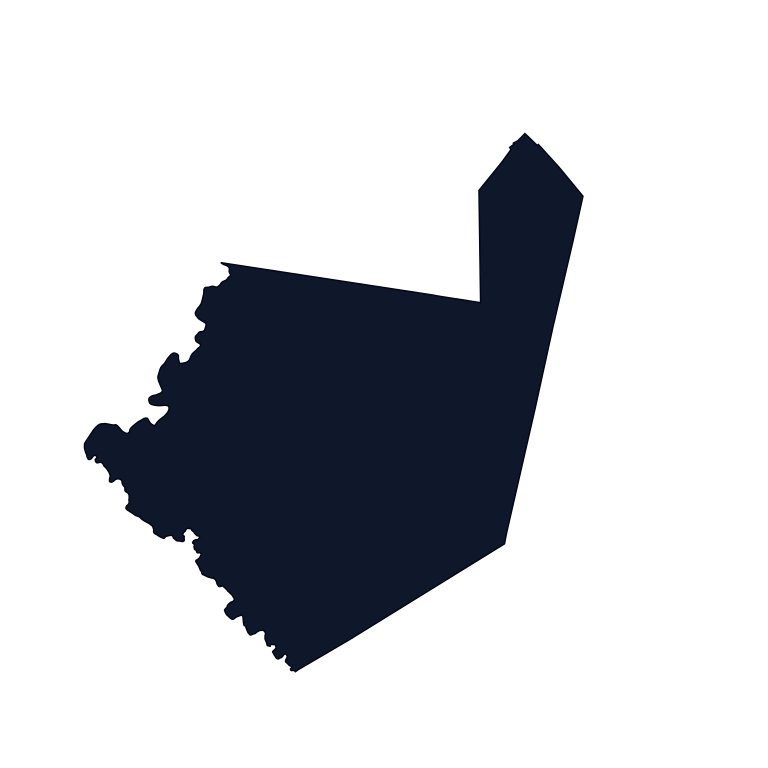 Doctor Coss, Nuevo León, Mexico (Albers equal-area conic projection), rotated 318°
{"feature_id": "50627088B25752272792370", "entity_name": "Doctor Coss", "entity_type": "district", "adm_level": 2, "iso_a3": "MEX", "parent_name": "Mexico", "parent_adm1": "Nuevo León", "projection": "albers", "projection_center": [-99.12, 25.971], "detail": "fine", "context": "isolated", "style": "filled", "palette": "ink", "viewbox_px": 768, "rotation_deg": 318, "n_neighbors": 0, "source": "geoboundaries", "source_scale": "gbopen_adm2", "svg_char_len": 6171}
<svg xmlns="http://www.w3.org/2000/svg" viewBox="0 0 768 768"><g transform="rotate(318 384 384)"><path d="M121.0,483.1L124.6,483.4L126.8,484.1L127.3,484.4L129.3,486.1L129.7,487.3L129.5,489.1L129.2,489.8L128.8,490.4L127.0,491.6L124.8,494.2L123.8,497.3L123.4,498.0L122.3,500.2L122.3,500.4L123.2,501.6L123.7,502.6L124.1,502.7L124.6,502.2L125.1,502.0L125.8,502.0L126.3,502.3L127.2,503.4L128.5,504.6L128.5,505.6L127.7,507.4L127.0,508.0L125.0,508.3L123.0,508.2L122.1,508.5L121.8,509.1L121.6,510.6L121.1,512.1L120.9,513.9L120.6,514.8L120.7,516.2L121.0,517.0L121.6,517.7L123.1,517.9L124.9,518.7L125.8,518.6L128.6,518.1L129.6,518.1L130.0,518.4L130.2,518.8L130.3,520.3L130.1,521.4L129.8,521.7L129.3,522.1L128.7,522.5L126.8,523.1L125.9,523.6L125.3,524.2L125.0,524.9L125.3,527.1L125.3,529.8L126.0,531.4L126.1,532.0L126.1,532.6L126.0,532.9L125.6,533.1L124.2,533.1L123.7,533.3L123.4,533.8L123.3,534.7L123.5,535.1L124.8,536.0L125.2,536.5L125.7,537.5L125.7,538.5L128.7,538.8L186.9,550.8L366.6,583.4L376.0,576.3L480.2,503.1L548.5,454.1L620.0,404.3L657.5,377.6L659.1,340.4L659.0,309.3L657.5,309.3L656.3,292.2L646.2,292.8L641.3,291.6L641.4,292.8L635.7,292.3L635.1,294.8L619.4,298.1L584.1,303.7L510.2,388.2L484.8,357.0L479.2,349.8L343.9,184.6L344.7,187.7L346.1,190.2L346.5,191.3L346.8,192.6L346.8,193.1L346.7,193.9L346.3,194.9L344.5,196.5L343.9,197.2L343.2,200.0L342.3,200.6L341.8,200.7L339.5,200.6L338.3,201.0L336.7,201.2L335.8,201.1L332.8,200.1L331.4,199.9L328.1,200.6L325.8,200.5L324.8,200.2L323.9,199.5L323.0,197.9L322.1,196.8L321.4,196.2L318.1,194.6L316.1,192.9L315.4,192.7L314.6,192.8L313.4,193.3L311.0,195.8L310.0,196.6L304.7,200.3L301.8,202.0L299.1,202.7L296.2,203.1L294.5,203.6L292.4,204.3L291.7,204.7L290.9,205.5L290.2,207.1L289.9,211.3L290.4,213.2L292.1,219.1L292.1,219.5L291.8,220.6L290.8,221.5L287.0,223.8L286.2,224.0L285.1,223.9L284.2,223.5L282.2,222.1L281.5,221.9L280.7,221.8L279.0,222.2L276.8,222.3L275.6,222.6L275.0,223.0L273.9,224.4L273.4,225.4L273.0,226.3L273.0,227.0L273.1,227.9L273.8,230.0L274.1,231.2L273.8,232.3L273.5,232.7L272.9,233.0L271.5,233.1L269.0,233.0L267.2,233.3L263.2,233.2L261.8,233.3L259.2,234.1L256.1,235.7L254.6,236.1L252.6,235.9L251.8,235.7L250.2,235.0L247.8,233.6L246.2,232.2L246.1,231.7L246.2,231.1L248.1,227.6L250.2,225.4L250.4,224.2L250.2,223.1L249.8,222.1L249.2,221.1L248.5,220.3L247.9,220.0L245.7,219.6L244.4,219.7L240.5,220.2L234.6,221.9L231.2,222.0L229.6,222.3L227.3,223.3L221.4,226.9L220.4,227.7L218.6,230.7L216.9,235.4L215.5,239.7L214.9,240.7L214.4,241.0L213.1,241.4L211.3,241.1L206.8,239.4L204.7,238.1L202.8,237.4L200.5,237.2L199.5,237.6L198.3,238.8L197.3,240.8L197.1,242.1L197.6,243.7L199.2,246.1L200.8,248.0L202.7,249.9L207.3,253.5L208.4,255.0L208.9,255.8L208.9,256.7L208.4,257.8L207.3,258.9L205.7,259.8L203.8,260.4L202.1,260.7L198.9,260.9L193.2,260.4L191.5,260.5L189.7,260.7L186.7,261.4L185.7,261.3L185.2,260.8L185.0,260.4L184.4,258.5L184.2,256.9L184.3,255.3L184.8,253.5L185.2,251.6L185.2,251.1L184.5,250.3L183.8,249.7L182.7,249.1L181.5,248.8L178.1,248.2L176.3,247.6L169.7,247.3L167.5,247.3L165.5,247.6L164.6,248.0L163.1,249.1L162.2,249.4L161.1,249.3L160.2,249.0L159.4,248.2L158.6,246.4L158.0,244.5L157.9,243.3L158.0,237.5L157.7,235.4L157.4,234.9L157.0,234.4L156.1,234.0L155.2,233.2L150.2,226.7L149.1,226.0L147.2,224.4L145.9,223.8L143.9,223.3L139.9,223.4L137.6,223.7L122.5,227.6L120.9,228.6L118.6,231.1L116.4,235.4L115.8,237.4L114.4,239.9L114.0,241.3L114.1,242.5L114.4,242.9L115.1,243.4L116.4,243.6L120.2,243.0L121.8,243.8L122.1,244.2L121.9,245.6L121.5,246.2L120.4,246.8L119.1,246.8L118.6,247.2L117.9,248.5L117.7,249.8L117.9,250.4L118.2,250.8L120.7,252.2L121.2,252.6L121.6,253.6L121.7,255.1L121.1,257.8L121.3,260.5L120.6,265.7L119.5,268.3L118.9,269.3L116.9,270.6L115.1,272.3L114.9,272.7L114.9,273.0L115.0,273.5L115.4,274.2L116.1,274.8L117.9,275.2L120.3,275.2L121.3,275.5L122.3,276.0L123.3,276.9L124.1,278.0L124.4,278.7L124.5,279.8L124.1,281.1L123.2,282.3L122.6,283.6L122.3,285.2L122.3,287.1L122.0,287.8L120.3,289.7L120.0,290.7L120.1,291.5L120.7,292.9L120.8,293.4L120.2,296.1L118.3,298.3L117.6,298.8L116.8,299.6L115.8,301.1L115.2,301.6L114.6,302.0L113.7,302.3L112.6,302.4L111.4,302.4L110.6,302.6L109.4,303.3L109.1,303.8L108.9,304.3L109.0,305.9L110.9,312.9L111.4,315.4L113.1,318.5L113.3,319.2L113.6,322.4L114.0,324.3L115.1,327.7L115.7,329.2L116.2,330.8L116.5,332.8L116.8,334.0L116.8,334.6L116.7,335.3L115.4,338.2L114.2,339.3L113.5,340.6L113.5,341.6L114.2,343.5L115.0,346.8L116.8,351.1L117.4,351.5L119.7,351.4L120.4,351.5L123.3,353.1L125.2,354.7L125.3,355.0L125.2,355.9L124.5,357.5L124.8,360.3L125.1,361.7L125.4,362.3L126.8,363.7L128.7,366.1L129.2,366.5L130.2,366.7L130.8,366.6L131.1,366.4L132.7,364.3L133.6,363.6L133.6,363.0L133.4,362.3L133.5,361.6L134.3,360.8L135.0,360.5L135.9,360.3L138.0,360.3L138.7,359.8L140.3,359.5L141.6,359.9L142.7,361.3L143.4,361.5L143.6,361.8L143.7,362.5L143.4,363.9L143.4,365.2L143.8,366.3L143.4,367.8L143.5,371.2L143.9,372.1L144.9,373.4L144.8,374.0L144.4,374.5L143.0,375.0L142.1,375.1L141.4,375.0L140.0,373.8L137.8,373.1L136.8,373.3L135.6,373.9L135.4,374.4L135.7,375.5L135.5,376.5L134.8,377.4L134.0,377.7L132.7,379.8L132.7,380.8L133.2,381.9L132.4,383.6L132.4,384.4L132.8,385.1L133.7,385.6L134.3,386.2L134.4,387.0L134.3,388.1L133.9,388.6L132.9,388.8L131.5,389.5L130.5,389.8L127.9,389.7L126.2,389.3L125.5,389.8L125.0,391.4L124.5,395.3L123.1,399.0L122.8,401.4L121.8,403.0L121.9,404.6L122.3,405.3L124.2,409.9L125.4,411.6L126.3,413.2L127.3,414.0L127.5,415.3L127.9,416.3L127.9,416.6L127.0,419.5L126.5,420.2L126.2,420.9L125.7,423.6L125.9,424.1L126.4,424.7L127.4,425.2L128.6,425.7L128.8,425.8L129.1,426.4L129.6,431.8L129.4,433.7L129.6,435.1L129.9,439.1L129.8,440.1L129.4,441.5L129.3,442.9L128.8,443.9L127.9,444.3L126.6,444.5L125.6,444.4L124.6,443.8L123.7,443.6L120.7,443.6L119.5,443.8L118.4,444.8L114.9,445.0L113.9,445.7L113.8,446.1L113.0,448.4L112.7,450.3L113.2,455.3L113.6,457.0L113.8,457.3L114.6,457.9L115.4,458.1L117.8,458.2L119.4,458.7L123.1,460.2L123.4,460.3L123.7,461.0L123.7,461.7L123.4,462.7L120.2,466.9L118.7,469.3L118.6,469.8L119.0,471.2L119.0,471.5L117.8,474.3L116.7,477.6L116.6,478.7L116.5,479.9L116.7,481.1L117.5,481.6L120.3,482.6L121.0,483.1Z" fill="#0f172a" stroke="#020617" stroke-width="1.5"/></g></svg>